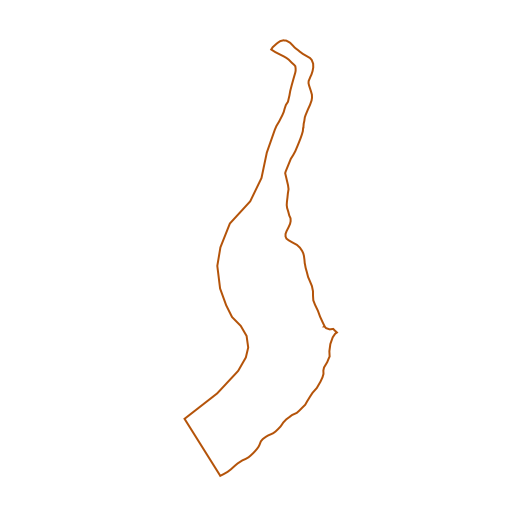 outline of Fond Eau Rouge, Anse-la-Raye, Saint Lucia, rotated 50°
{"feature_id": "8701671B4886377420508", "entity_name": "Fond Eau Rouge", "entity_type": "district", "adm_level": 2, "iso_a3": "LCA", "parent_name": "Saint Lucia", "parent_adm1": "Anse-la-Raye", "projection": "equal_earth", "projection_center": [-61.032, 13.949], "detail": "fine", "context": "isolated", "style": "outline", "palette": "amber", "viewbox_px": 512, "rotation_deg": 50, "n_neighbors": 0, "source": "geoboundaries", "source_scale": "gbopen_adm2", "svg_char_len": 2673}
<svg xmlns="http://www.w3.org/2000/svg" viewBox="0 0 512 512"><g transform="rotate(50 256 256)"><path d="M401.4,424.7L401.5,424.2L401.7,423.5L402.3,420.9L403.1,416.5L403.3,412.3L403.2,410.0L403.1,406.4L403.1,403.4L403.4,401.0L403.8,397.8L404.8,394.4L405.4,391.1L405.4,388.4L405.2,384.9L404.9,382.3L404.4,379.2L403.8,376.8L403.0,374.9L401.1,371.4L400.6,368.6L400.7,366.6L400.9,364.3L401.3,361.9L402.3,358.6L402.8,356.7L403.0,353.9L402.8,350.6L402.4,346.9L401.9,344.9L401.1,342.2L401.0,341.5L400.9,340.4L400.6,337.9L401.0,330.6L402.4,325.6L402.3,322.4L401.9,317.9L401.6,314.0L400.0,309.7L398.3,304.5L397.1,300.5L396.2,294.3L394.0,288.2L393.8,287.6L391.7,283.1L389.7,280.1L387.0,278.0L385.1,275.5L383.1,269.7L381.2,266.1L380.3,264.2L376.1,261.0L371.2,255.6L367.6,249.5L367.1,247.8L366.4,245.2L366.6,243.2L365.5,243.3L363.5,243.6L361.5,243.7L359.6,246.7L356.3,248.7L354.1,248.8L353.9,249.0L353.9,248.6L353.0,248.4L349.8,247.6L343.6,245.9L337.8,243.8L331.2,242.1L326.8,240.6L323.0,237.8L319.6,235.0L315.0,232.5L309.6,230.8L305.6,229.6L301.0,227.4L297.0,225.6L293.3,223.5L293.0,223.4L290.0,221.3L286.7,219.2L284.4,218.1L281.8,217.4L277.9,217.0L273.8,217.5L271.3,218.5L268.5,219.6L264.9,220.9L262.2,221.5L260.0,220.8L258.1,219.2L256.7,216.8L255.0,212.8L253.3,209.3L251.6,207.1L250.6,206.3L249.3,205.3L246.4,204.5L242.8,202.8L239.2,201.3L236.7,199.7L234.3,197.4L231.5,194.4L228.5,191.3L225.7,188.1L222.4,186.0L211.3,180.4L210.3,178.9L203.9,166.8L202.6,162.7L201.0,158.6L198.7,154.1L196.6,150.1L194.4,146.1L192.5,142.9L190.7,140.2L190.3,139.7L188.2,137.6L188.2,137.2L187.6,136.7L185.3,134.4L183.6,132.2L181.1,129.4L179.8,127.2L177.1,122.0L174.9,117.4L172.6,113.5L170.8,111.4L168.4,109.5L165.1,108.0L161.1,106.4L159.4,105.7L157.4,104.7L155.8,103.2L154.2,100.1L153.8,99.4L152.7,97.0L150.7,93.8L148.3,90.9L145.4,88.6L141.6,87.3L139.0,87.4L135.7,88.6L131.3,90.2L130.9,90.3L127.9,91.0L127.3,91.2L126.9,91.2L126.2,91.3L124.8,91.6L122.7,92.1L121.0,92.4L118.6,92.5L114.6,92.8L112.9,93.4L110.4,94.4L109.1,95.8L108.5,96.2L107.0,99.2L106.7,101.7L106.6,103.8L106.8,109.1L107.6,111.6L112.1,110.2L117.3,108.0L121.0,106.4L123.8,105.4L126.6,104.7L130.7,104.4L134.2,103.9L135.9,103.9L137.8,105.1L139.6,106.6L140.8,108.1L144.1,113.0L148.0,118.7L151.5,123.6L154.6,127.3L158.4,132.4L159.5,136.0L161.5,139.3L163.5,142.2L165.1,145.4L167.9,152.0L168.3,153.2L169.5,156.7L171.3,160.3L183.7,181.2L199.8,201.7L210.4,225.3L214.3,255.1L226.5,277.7L238.7,292.0L257.8,304.4L274.5,310.5L285.7,313.2L287.5,313.6L299.7,312.6L311.2,314.6L321.1,320.8L327.2,329.0L332.5,343.4L332.8,345.5L335.6,368.4L336.3,374.1L334.8,415.4L400.3,424.5L400.9,424.6L401.4,424.7Z" fill="none" stroke="#b45309" stroke-width="2"/></g></svg>